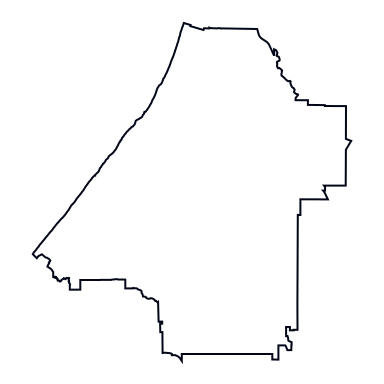 Capel, Western Australia, Australia (Albers equal-area conic projection)
{"feature_id": "25037944B63911738750692", "entity_name": "Capel", "entity_type": "district", "adm_level": 2, "iso_a3": "AUS", "parent_name": "Australia", "parent_adm1": "Western Australia", "projection": "albers", "projection_center": [115.572, -33.527], "detail": "fine", "context": "isolated", "style": "outline", "palette": "ink", "viewbox_px": 384, "rotation_deg": 0, "n_neighbors": 0, "source": "geoboundaries", "source_scale": "gbopen_adm2", "svg_char_len": 5762}
<svg xmlns="http://www.w3.org/2000/svg" viewBox="0 0 384 384"><path d="M183.8,23.0L182.8,26.3L182.2,27.4L181.8,29.0L180.7,31.9L180.3,33.4L180.0,35.5L179.0,37.8L178.8,39.3L178.4,40.4L178.4,40.9L178.0,42.2L177.4,43.5L176.7,46.1L176.1,47.6L175.8,49.0L175.3,49.9L174.8,51.8L174.2,53.5L173.4,55.9L172.9,57.0L172.5,58.2L172.2,58.7L171.8,59.6L170.7,62.5L170.4,63.7L169.9,64.6L169.8,65.4L168.7,67.8L168.0,69.6L166.7,72.7L165.8,74.3L164.3,77.6L163.8,78.2L163.5,78.5L163.2,78.7L163.1,79.7L163.0,80.0L161.7,83.1L161.1,83.9L160.2,84.7L158.9,85.7L158.7,86.1L158.4,86.8L157.8,87.5L157.5,88.1L156.7,90.1L156.2,91.9L155.5,93.9L154.7,95.9L153.5,98.3L152.4,100.1L151.3,103.0L150.9,103.6L148.9,107.1L148.4,107.8L147.2,109.6L146.3,110.7L146.0,111.3L145.6,111.7L145.2,111.9L144.4,111.9L144.2,112.2L144.1,112.5L144.2,113.1L144.0,113.8L143.6,114.3L142.9,114.8L142.7,115.4L142.2,116.6L141.8,117.1L140.7,117.9L140.0,118.1L139.3,118.8L139.0,119.0L137.3,119.7L136.3,120.4L135.7,120.9L135.4,121.8L135.3,122.8L134.4,124.7L133.3,125.9L133.1,126.3L132.8,126.5L131.8,126.9L131.3,127.2L130.8,128.0L128.8,129.7L128.2,130.6L126.4,132.2L125.8,133.3L124.4,134.8L123.5,136.4L122.2,137.7L121.8,138.8L121.4,139.6L121.1,140.1L120.9,140.2L120.7,140.2L120.5,140.4L120.4,141.3L119.8,141.7L119.7,141.9L119.6,142.4L119.1,142.9L118.1,145.0L117.8,145.7L116.8,147.3L116.1,148.9L115.9,149.3L115.1,150.1L113.3,152.5L111.7,154.0L110.0,155.2L108.6,156.5L108.2,157.8L107.6,158.6L106.9,159.0L105.8,160.1L105.6,160.5L104.9,162.0L103.8,163.2L103.1,163.6L102.9,164.2L102.0,165.4L101.5,166.0L101.0,167.1L99.9,168.2L99.7,168.6L99.5,169.5L99.2,170.0L99.0,170.7L98.6,171.5L97.5,172.7L97.1,172.9L95.8,174.3L95.3,174.7L95.1,175.0L95.1,175.3L94.9,175.2L94.8,175.3L94.4,175.6L93.4,176.7L92.3,177.7L91.4,179.2L89.4,181.4L88.2,183.0L87.5,184.1L87.2,184.5L86.7,185.2L86.0,186.0L85.6,186.8L85.2,187.1L84.4,188.7L82.9,190.9L82.2,191.7L81.1,193.3L77.4,197.8L76.3,199.3L75.3,200.9L74.7,201.8L73.2,203.5L72.7,204.1L72.0,204.6L71.6,205.2L71.1,205.7L68.5,210.2L67.7,211.0L65.4,214.4L63.1,217.1L62.3,218.0L61.3,218.8L59.1,221.3L58.5,222.1L57.0,223.6L56.5,224.4L55.4,225.6L54.8,226.6L54.1,227.2L51.8,230.5L50.1,232.2L48.9,233.7L48.2,234.7L46.0,237.2L44.2,239.6L43.2,240.7L40.7,243.8L39.5,245.1L39.1,245.7L38.8,246.4L37.5,247.8L35.4,250.7L34.0,252.2L32.8,254.2L36.8,258.2L38.4,256.1L41.9,254.3L45.6,257.5L47.0,257.7L49.5,259.4L50.3,260.7L48.9,262.4L49.3,262.9L48.0,265.1L47.4,266.6L50.7,268.8L51.4,269.4L53.2,272.0L53.2,277.0L54.4,277.6L54.7,277.4L54.9,277.5L54.8,277.2L54.8,276.9L55.0,276.8L55.6,276.7L55.9,276.8L56.1,277.0L56.0,277.4L56.0,277.5L56.6,278.0L56.8,278.5L57.3,278.4L57.6,278.7L57.6,278.9L57.7,279.0L57.8,278.9L57.5,279.9L57.9,280.4L57.9,280.6L58.2,280.6L58.5,280.5L59.1,280.6L59.5,281.4L60.0,281.5L60.3,281.4L60.7,281.3L61.0,280.9L60.9,280.7L61.1,280.4L61.4,280.3L62.5,279.2L63.3,278.9L63.8,278.2L64.0,278.3L64.4,278.6L64.6,278.6L64.8,278.9L65.2,279.2L65.7,279.0L66.2,278.4L66.2,278.2L66.5,278.0L66.8,278.1L67.2,278.0L68.2,278.3L68.6,278.1L68.8,277.9L69.1,278.0L69.1,278.4L68.5,278.8L68.8,279.8L69.0,280.1L69.1,280.3L68.8,280.9L68.6,281.1L68.6,281.3L69.0,281.5L69.2,282.0L69.1,282.9L69.1,283.2L69.4,283.4L69.7,283.5L70.1,284.6L69.8,285.5L69.8,289.7L80.3,289.7L80.3,280.0L100.4,280.0L100.9,279.8L103.0,279.9L111.2,279.9L112.1,279.5L113.6,279.5L116.9,279.1L118.1,279.5L125.0,279.5L125.3,279.6L125.3,288.4L132.7,288.4L132.7,288.1L133.2,287.9L133.7,288.3L134.4,288.2L135.9,288.3L136.3,288.3L136.6,288.5L137.1,288.5L137.4,288.8L137.8,289.3L138.5,289.4L139.3,289.9L140.6,290.3L141.6,291.2L141.5,291.9L141.7,293.1L142.6,294.4L142.9,295.8L142.9,296.2L143.0,296.5L143.5,296.6L145.2,296.7L146.2,297.4L146.5,298.1L147.3,298.5L148.7,298.8L149.3,298.8L150.6,298.3L151.3,298.2L153.2,298.8L154.7,300.0L154.8,300.5L155.1,300.6L155.3,300.9L156.1,300.9L156.4,301.2L156.7,301.6L157.4,302.3L157.6,302.4L158.1,302.0L158.6,321.6L162.2,321.6L162.2,323.7L160.1,323.7L160.3,332.1L162.4,332.1L162.6,353.0L164.9,352.7L170.1,353.2L171.9,353.9L171.9,355.2L175.1,355.1L176.5,355.7L178.3,356.6L179.8,358.0L181.8,361.0L181.8,354.0L272.3,354.0L272.3,359.5L278.4,359.6L278.4,345.4L285.3,345.4L286.0,346.6L287.4,350.1L287.5,350.1L291.3,350.1L291.4,344.8L291.6,344.8L291.6,342.1L289.3,341.3L288.3,340.5L288.2,338.7L287.5,336.0L286.1,336.1L286.1,327.0L289.9,327.0L289.9,330.3L293.7,330.3L293.7,329.8L297.5,329.8L297.4,304.2L297.8,214.9L300.4,215.0L300.4,199.3L327.9,199.4L324.8,193.0L324.1,191.8L323.1,190.6L325.0,190.6L325.1,188.5L325.0,186.9L324.0,185.6L345.7,185.6L345.9,149.7L351.2,140.9L345.9,138.9L346.0,106.1L324.8,106.0L324.8,105.1L307.9,104.9L307.9,100.2L295.6,100.2L295.6,99.8L295.5,98.6L295.7,98.0L296.5,96.8L297.9,95.2L298.1,94.8L298.0,94.6L297.6,94.2L296.0,93.9L295.1,93.1L294.5,92.8L294.2,92.4L294.1,92.2L294.1,91.6L294.2,91.0L294.6,90.1L294.6,89.6L293.9,88.4L292.3,87.3L291.7,86.5L291.3,85.6L290.3,83.0L290.6,81.9L290.6,81.4L290.2,81.1L289.8,80.9L288.4,81.2L287.4,80.9L286.4,79.9L285.9,79.6L285.3,78.8L284.1,77.7L282.5,76.3L282.1,76.0L281.6,75.7L281.4,74.7L281.4,73.9L281.8,72.6L281.8,71.4L282.1,70.8L282.1,70.5L281.5,69.8L279.4,68.0L279.1,67.9L278.6,68.2L277.9,68.2L277.6,67.5L277.0,66.1L277.0,65.7L277.3,63.8L276.9,62.9L277.0,62.0L277.0,61.9L277.3,61.6L279.4,60.7L279.6,60.2L279.7,59.3L278.9,57.0L278.6,56.7L277.2,56.2L276.6,55.7L276.7,55.4L277.0,54.7L277.0,54.0L277.3,53.3L277.4,52.8L277.1,52.1L276.6,51.4L276.5,50.8L276.1,50.4L275.5,49.8L274.4,49.6L274.1,49.4L274.1,52.3L274.2,54.8L274.1,55.0L273.8,55.0L269.6,45.8L268.8,44.2L267.3,42.4L266.3,41.6L262.0,38.8L261.0,38.0L260.3,37.3L259.7,36.5L259.0,35.3L258.6,34.1L257.2,29.0L222.2,28.4L221.1,28.5L220.7,28.5L220.3,28.2L218.0,28.2L217.2,28.4L211.8,28.2L209.5,28.0L209.3,27.8L209.2,28.4L204.0,28.3L203.5,30.0L190.3,26.1L190.6,25.0L183.8,23.0Z" fill="none" stroke="#020617" stroke-width="2"/></svg>